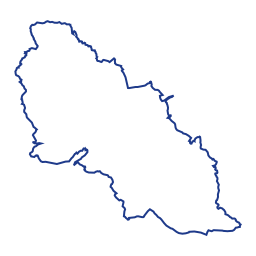 the district of Ponoarele, Mehedinti, Romania
{"feature_id": "2599482B4179023140434", "entity_name": "Ponoarele", "entity_type": "district", "adm_level": 2, "iso_a3": "ROU", "parent_name": "Romania", "parent_adm1": "Mehedinti", "projection": "orthographic", "projection_center": [22.761, 44.974], "detail": "fine", "context": "isolated", "style": "outline", "palette": "blue", "viewbox_px": 256, "rotation_deg": 0, "n_neighbors": 0, "source": "geoboundaries", "source_scale": "gbopen_adm2", "svg_char_len": 5680}
<svg xmlns="http://www.w3.org/2000/svg" viewBox="0 0 256 256"><path d="M238.8,222.5L237.2,221.9L235.8,220.6L235.8,219.7L235.1,218.8L234.5,218.5L232.2,218.6L231.2,217.6L229.9,217.0L229.6,216.5L227.7,215.0L225.4,214.2L225.4,212.3L225.2,211.8L223.9,209.8L223.4,209.6L222.4,208.5L220.1,207.7L218.5,208.8L217.7,208.3L217.3,207.1L218.5,205.4L218.6,204.9L218.2,204.3L216.2,203.2L215.9,202.4L216.3,200.5L217.1,200.0L218.0,197.0L217.9,194.4L219.0,190.4L218.3,188.3L218.2,186.9L218.8,184.7L216.9,181.1L217.5,179.1L217.3,177.5L216.5,176.7L216.4,176.0L215.9,175.5L215.2,173.9L215.4,173.4L217.1,173.2L217.4,172.7L217.1,170.6L215.8,170.2L215.2,169.5L215.7,168.3L215.6,167.4L215.3,166.9L214.9,166.7L214.6,166.8L214.6,167.2L214.0,167.1L213.1,165.9L214.9,165.5L216.1,164.0L216.8,162.0L216.6,161.6L214.7,160.8L213.6,159.1L213.2,158.9L212.4,159.5L211.6,158.4L210.0,157.5L208.4,155.5L207.7,152.3L205.6,149.8L203.3,149.6L200.8,148.5L200.6,147.8L200.7,146.3L201.1,145.1L200.3,142.2L200.5,141.7L200.5,140.1L200.1,137.0L199.6,136.6L198.9,137.1L197.5,137.1L195.3,138.6L194.8,140.0L194.4,140.4L194.5,141.1L193.8,140.7L193.1,141.1L191.7,143.0L191.5,143.6L190.9,143.7L190.2,143.2L190.0,142.2L190.2,141.4L189.1,141.0L191.1,137.9L188.7,135.8L185.9,134.1L183.1,133.4L182.3,132.4L177.2,130.2L176.2,129.0L175.6,127.7L175.1,124.2L174.4,123.1L171.6,120.9L169.2,118.2L167.7,117.9L168.6,116.9L170.1,116.8L170.8,115.9L170.6,115.3L169.3,115.6L168.7,115.2L168.1,114.1L167.5,110.5L167.9,109.3L168.0,107.5L167.4,105.0L166.9,103.9L166.9,103.1L166.4,102.5L166.0,102.4L165.7,101.7L165.9,100.7L167.2,99.4L170.3,97.4L171.9,97.0L173.6,95.6L168.8,97.1L164.2,100.6L162.1,101.1L160.8,99.5L160.1,97.7L159.9,95.8L162.6,95.0L159.5,91.6L159.1,90.8L157.7,89.9L155.0,89.8L152.7,87.9L151.4,86.0L151.7,84.6L151.0,81.8L150.7,81.6L149.9,82.0L149.6,83.1L147.6,83.6L145.5,85.3L144.4,85.7L137.7,87.0L135.5,87.0L129.0,88.1L128.0,88.0L125.5,77.2L123.4,72.7L121.9,70.9L121.8,70.4L123.1,69.5L121.5,67.7L121.0,66.7L121.2,66.0L116.3,64.6L115.0,63.3L115.1,62.4L114.8,61.0L115.1,59.8L114.4,58.6L114.0,58.4L109.6,62.1L108.2,61.1L103.7,59.9L102.9,60.2L101.9,61.7L101.3,62.0L99.0,61.1L97.5,60.9L97.1,60.4L96.8,58.7L96.3,58.4L97.1,57.1L96.8,57.0L96.5,55.8L96.4,54.0L95.7,53.0L95.6,52.0L94.4,50.9L94.9,50.6L94.8,50.3L92.3,50.3L91.8,50.1L91.6,49.5L91.6,48.7L91.0,47.2L91.1,46.9L90.7,46.3L90.2,46.6L89.5,46.0L88.4,45.8L88.2,46.1L87.5,45.1L85.5,44.8L85.2,43.1L84.3,42.7L83.7,43.3L82.5,43.4L82.0,42.4L82.0,41.6L80.9,41.2L79.7,41.7L79.2,41.7L79.1,41.3L79.4,40.9L78.1,39.4L78.4,39.1L76.2,36.7L76.6,36.1L76.5,34.9L75.3,32.0L74.2,31.2L72.9,33.3L73.2,34.0L72.2,33.4L71.6,27.7L70.7,26.4L70.4,24.9L70.0,25.0L69.3,24.3L66.6,24.3L65.4,23.4L64.6,23.2L61.7,23.8L59.4,22.1L57.3,22.8L54.5,22.7L52.2,21.9L50.1,22.2L47.7,21.2L46.3,21.6L44.4,22.9L42.5,23.3L37.1,22.5L34.9,24.5L33.4,25.0L32.3,24.8L30.9,26.2L30.2,28.3L30.8,29.1L30.7,31.2L31.4,33.2L31.4,33.8L31.7,34.1L31.9,35.2L32.8,36.2L33.4,37.7L33.9,38.3L33.7,39.0L35.3,41.6L35.7,43.4L37.6,45.9L37.4,46.1L37.5,46.8L35.8,49.1L31.9,48.1L29.6,49.0L29.8,49.6L29.3,50.8L27.5,51.2L26.6,52.0L25.0,52.1L25.3,53.0L25.0,53.4L25.3,53.5L26.5,53.0L26.5,53.4L26.1,54.0L26.4,55.1L26.2,55.5L25.1,56.1L24.8,57.3L22.2,58.5L22.2,59.2L20.8,61.0L20.3,62.0L20.2,63.4L20.9,63.5L21.3,64.0L20.6,64.5L20.6,65.1L18.5,66.6L18.2,67.2L18.5,67.6L17.1,67.8L16.8,68.1L16.5,69.5L15.4,71.4L15.7,73.9L16.2,75.2L18.3,76.1L19.4,77.1L20.1,78.9L21.5,79.7L21.3,80.5L20.6,81.1L21.2,81.1L21.1,81.7L20.1,82.3L21.5,83.5L22.4,85.2L23.8,86.3L24.5,88.5L25.9,89.9L26.0,91.3L25.8,91.7L22.7,94.9L22.0,96.1L21.5,98.7L21.8,98.9L21.5,99.4L22.3,100.2L22.2,100.7L22.7,102.2L22.6,103.1L22.0,103.9L23.1,104.2L24.0,104.7L25.0,107.7L25.0,108.2L24.2,110.1L24.2,111.9L26.3,114.2L26.7,116.9L27.1,117.7L31.9,122.6L33.6,127.0L34.4,127.4L36.8,129.5L36.1,130.1L35.9,131.2L35.3,132.3L33.4,134.1L32.9,135.1L36.0,140.6L35.6,141.6L34.4,142.3L33.4,142.1L33.3,142.5L34.6,143.3L37.1,143.5L39.2,143.1L41.0,143.5L38.0,144.5L36.0,146.2L34.6,146.7L33.8,147.5L33.1,148.8L32.7,151.2L32.0,152.0L30.2,153.1L29.9,154.2L31.2,156.4L34.3,157.0L35.7,155.6L36.8,155.3L37.1,155.9L37.8,155.8L38.8,158.4L40.9,161.3L42.5,162.0L45.6,161.8L56.9,164.0L65.5,161.6L69.1,161.4L71.6,158.1L72.7,157.2L74.9,153.9L75.6,153.7L76.4,152.6L77.5,153.6L79.0,151.7L80.8,150.7L82.2,150.8L83.6,148.5L85.0,148.8L85.2,148.5L85.6,149.2L85.5,150.2L86.2,150.1L86.5,149.5L87.2,149.9L87.4,150.5L87.1,150.8L87.4,151.2L87.4,152.2L84.8,155.4L81.8,157.4L81.0,158.8L75.1,162.2L74.1,164.9L73.6,165.4L77.0,162.6L77.9,162.3L79.8,164.4L82.0,165.3L83.1,166.2L85.1,166.6L85.2,167.4L84.4,167.7L84.9,169.5L84.4,169.8L84.7,170.4L86.4,171.7L88.8,172.5L94.3,172.7L95.9,171.7L97.6,171.2L98.5,171.5L99.8,171.2L101.2,172.9L102.3,173.6L103.5,174.3L107.6,175.2L108.1,175.6L108.6,176.9L111.0,177.5L112.4,179.8L113.0,182.1L112.0,184.1L111.3,184.3L110.6,186.3L110.6,186.9L111.7,187.8L113.5,190.8L116.5,193.3L115.0,194.3L114.7,195.5L116.0,197.4L119.3,200.4L120.7,199.8L123.4,201.4L123.5,202.3L122.6,206.3L124.5,208.0L125.1,209.3L124.4,211.4L123.9,216.3L124.9,216.7L126.1,218.1L127.2,218.8L127.7,219.6L128.6,219.6L129.2,218.9L129.1,217.9L134.8,217.3L136.8,216.4L138.2,216.3L141.9,217.1L143.3,217.1L144.1,216.5L144.1,216.0L147.8,211.2L149.9,209.3L153.5,211.6L154.6,213.4L156.3,214.9L158.0,217.0L160.0,218.1L161.3,219.4L164.2,223.2L166.4,225.6L170.7,228.3L172.5,228.8L176.6,231.9L178.9,233.1L182.4,233.7L185.8,233.3L188.9,232.4L189.2,231.8L194.4,231.5L200.9,232.6L206.4,234.8L207.4,232.0L208.5,230.3L211.5,231.2L212.0,231.1L213.5,230.2L214.3,230.2L222.6,230.6L223.4,230.9L227.4,231.2L232.5,230.8L234.1,229.9L235.8,227.7L237.8,227.4L238.6,227.0L239.8,227.0L240.0,225.6L240.6,224.5L239.5,223.8L239.4,223.1L238.8,222.5Z" fill="none" stroke="#1e3a8a" stroke-width="2"/></svg>